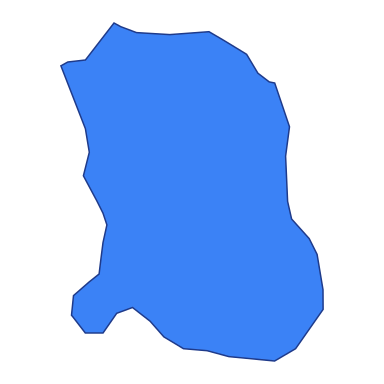 Dong-gu, Daegu, South Korea
{"feature_id": "91817680B96924831002014", "entity_name": "Dong-gu", "entity_type": "district", "adm_level": 2, "iso_a3": "KOR", "parent_name": "South Korea", "parent_adm1": "Daegu", "projection": "albers", "projection_center": [128.675, 35.931], "detail": "fine", "context": "isolated", "style": "filled", "palette": "blue", "viewbox_px": 384, "rotation_deg": 0, "n_neighbors": 0, "source": "geoboundaries", "source_scale": "gbopen_adm2", "svg_char_len": 657}
<svg xmlns="http://www.w3.org/2000/svg" viewBox="0 0 384 384"><path d="M209.0,31.7L169.8,34.6L136.5,32.6L120.8,26.7L114.0,23.0L85.4,60.0L67.8,62.0L60.9,65.8L85.4,128.7L89.3,152.3L83.4,175.8L97.1,201.4L103.0,213.2L106.9,224.9L103.0,242.6L101.0,258.3L99.1,274.0L89.2,281.9L73.5,295.6L71.5,315.3L72.4,316.3L85.3,333.0L103.0,333.0L116.7,313.3L132.5,307.5L150.1,321.2L163.9,336.9L183.5,348.7L207.1,350.7L228.8,356.6L274.6,361.0L295.6,348.7L323.1,309.4L323.0,289.7L317.1,254.4L309.2,238.6L291.6,219.0L287.6,201.4L285.6,156.2L289.5,126.8L274.7,83.0L269.2,81.9L257.9,73.2L246.6,54.3L224.0,40.5L209.0,31.7Z" fill="#3b82f6" stroke="#1e3a8a" stroke-width="1.5"/></svg>